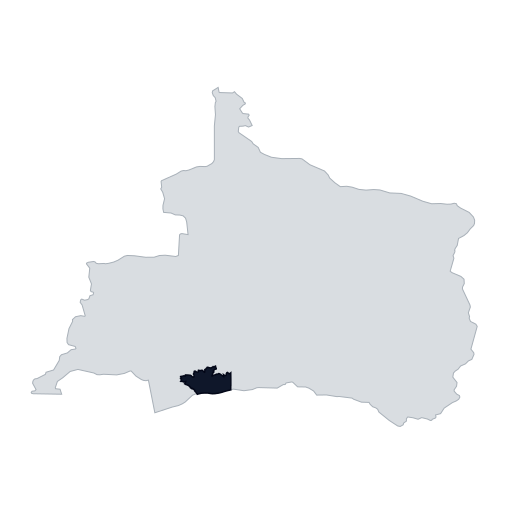 Kalemie, Katanga, Democratic Republic of the Congo shown in context, rotated 91°
{"feature_id": "63176286B6958016734749", "entity_name": "Kalemie", "entity_type": "district", "adm_level": 2, "iso_a3": "COD", "parent_name": "Democratic Republic of the Congo", "parent_adm1": "Katanga", "projection": "equal_earth", "projection_center": [28.753, -6.07], "detail": "fine", "context": "in_parent", "style": "filled", "palette": "ink", "viewbox_px": 512, "rotation_deg": 91, "n_neighbors": 0, "source": "geoboundaries", "source_scale": "gbopen_adm2", "svg_char_len": 8428}
<svg xmlns="http://www.w3.org/2000/svg" viewBox="0 0 512 512"><g transform="rotate(91 256 256)"><path d="M414.5,354.4L382.0,361.4L382.6,363.8L382.3,366.4L381.5,368.5L378.2,373.9L373.2,378.8L373.2,380.0L375.7,385.6L377.3,393.2L376.9,406.5L377.5,410.1L377.4,412.9L375.8,416.1L372.5,432.1L374.7,439.8L381.1,447.1L384.9,452.4L391.2,454.4L392.2,454.1L392.6,449.6L397.6,447.9L397.6,476.4L397.2,478.0L396.3,478.4L395.1,477.5L394.7,474.7L393.4,473.6L387.2,477.1L385.7,477.0L384.0,476.4L382.7,474.9L382.4,472.8L378.0,464.5L375.9,463.9L373.5,456.4L363.8,450.9L360.1,450.5L358.1,448.8L356.2,442.9L352.9,439.2L352.2,435.0L351.5,434.4L349.6,435.2L347.9,441.9L345.7,443.4L341.7,443.6L331.8,441.7L324.6,438.2L322.8,438.4L319.9,435.4L318.7,430.2L319.3,426.3L318.8,425.7L308.0,429.0L305.4,431.0L302.9,430.5L302.1,429.5L303.2,426.7L302.6,423.8L301.8,422.4L298.6,421.3L297.6,418.2L295.6,417.7L295.0,418.2L294.5,420.3L293.3,421.0L286.8,420.0L280.1,422.8L271.1,422.0L266.8,425.4L266.1,425.3L265.2,423.6L264.3,418.2L264.8,416.7L266.1,415.6L266.5,413.4L266.1,407.8L266.4,406.5L265.9,403.2L264.5,398.1L262.6,393.9L258.5,387.6L257.7,384.6L257.9,377.5L259.2,366.3L259.0,357.9L257.2,352.5L256.8,346.7L257.9,336.2L256.8,333.6L236.2,332.8L235.3,332.0L234.9,330.5L235.8,324.3L223.2,325.9L219.4,327.1L217.1,329.6L216.4,332.8L216.3,337.4L214.5,341.7L214.0,349.1L210.5,349.9L207.0,349.9L200.3,348.4L193.8,350.4L190.6,352.4L188.9,351.5L183.1,352.2L182.3,351.7L175.5,337.1L172.4,332.3L171.8,329.9L172.0,327.7L171.2,324.6L168.0,317.1L167.4,313.7L167.5,308.2L167.1,306.4L164.3,301.7L162.4,300.1L160.4,299.3L126.6,299.9L115.4,299.0L107.3,299.7L103.2,299.3L102.0,298.6L98.3,299.6L96.4,301.5L93.4,302.6L91.6,302.2L88.1,296.8L92.8,295.8L93.2,295.3L93.4,282.3L92.1,280.4L94.6,278.2L98.7,272.5L102.7,270.5L103.2,269.3L104.1,269.4L105.6,271.8L109.1,274.9L113.3,272.1L113.8,271.4L114.3,265.8L115.4,265.3L117.2,266.5L118.3,266.5L120.1,264.9L125.6,262.1L127.2,265.7L125.8,268.9L126.4,271.2L126.6,274.7L127.5,275.5L131.9,275.9L133.1,275.1L141.6,262.3L143.9,260.8L147.4,255.7L152.2,253.4L154.3,249.4L157.0,242.3L158.2,232.0L157.7,214.1L158.1,211.7L163.8,203.7L169.8,189.0L173.8,185.2L176.8,183.7L181.5,178.3L185.2,172.9L184.7,166.5L185.5,161.1L187.6,154.3L188.2,147.1L187.5,139.5L187.8,133.3L190.6,123.4L190.9,112.0L193.4,102.4L198.3,90.3L200.7,81.3L200.3,72.4L200.9,65.9L200.7,62.0L199.8,58.7L200.3,56.5L202.2,55.7L204.5,52.3L208.7,43.6L213.2,39.3L216.4,38.0L219.6,38.1L221.7,38.9L225.2,42.3L229.1,45.1L232.0,48.5L234.9,53.8L241.9,55.0L244.9,56.9L246.8,57.6L247.4,57.1L248.9,57.4L252.2,59.0L254.8,58.1L267.8,61.6L269.2,59.8L272.9,50.7L275.6,47.6L280.0,47.3L283.5,49.0L285.4,49.0L301.3,41.2L303.3,40.8L309.1,42.7L312.9,41.4L314.4,41.8L317.7,40.4L320.3,35.0L322.5,33.6L345.4,39.5L348.9,36.6L350.5,36.3L355.6,38.4L357.2,41.8L360.2,44.7L362.4,49.5L365.8,52.1L367.5,54.7L369.5,56.5L373.7,57.1L379.0,52.8L382.7,53.2L386.4,55.6L387.7,55.5L390.6,52.9L392.0,50.2L393.5,49.7L395.7,50.8L397.5,53.4L399.1,57.0L404.8,65.2L410.4,68.7L411.8,73.7L413.8,73.2L414.8,73.7L416.2,76.9L417.2,77.5L417.4,78.8L416.0,81.8L414.7,87.5L416.4,91.1L415.0,96.2L414.3,101.5L416.1,102.8L418.4,102.7L420.5,105.5L422.2,105.9L423.9,108.8L423.5,111.3L418.1,119.9L409.9,130.4L407.1,131.7L405.7,133.7L404.7,136.7L402.3,139.3L400.4,140.4L400.3,148.0L397.5,155.9L396.4,157.5L395.0,170.4L395.2,172.6L393.7,183.1L394.0,192.9L390.0,196.0L387.2,200.8L386.1,204.1L386.1,212.1L381.6,217.0L381.3,218.1L382.4,223.7L384.0,224.6L384.1,226.5L387.7,232.5L387.5,251.0L387.7,252.9L389.6,257.3L390.9,265.7L389.5,276.3L394.5,295.9L392.2,303.1L393.3,309.9L396.3,317.1L403.2,324.2L405.1,327.1L406.9,331.0L408.5,337.1L414.5,354.4Z" fill="#d9dde1" stroke="#a8b0b8" stroke-width="1"/><path d="M385.8,278.9L380.3,279.0L373.3,279.2L373.4,279.3L373.5,279.4L373.5,279.6L373.8,280.0L374.0,280.3L374.2,280.6L374.1,281.1L373.9,281.3L373.4,281.9L373.1,282.2L372.9,282.4L373.1,283.0L373.4,283.2L373.7,283.4L374.1,283.6L374.5,283.6L375.7,283.7L376.0,284.1L376.0,284.4L376.0,285.0L375.8,285.5L375.5,285.9L375.3,286.2L375.6,286.1L375.8,286.2L376.1,286.2L376.3,286.2L376.6,286.1L376.8,286.3L377.0,286.3L376.9,286.4L376.8,286.7L376.8,287.1L376.7,287.2L376.6,287.3L376.3,287.5L376.1,287.7L375.9,288.0L375.7,288.5L375.3,288.9L375.1,289.1L374.8,289.6L374.7,290.0L374.4,290.4L374.3,290.6L374.2,291.2L374.3,291.6L374.6,291.9L374.8,292.1L374.9,292.3L374.9,292.6L374.9,293.1L374.8,293.3L374.8,293.6L375.0,293.9L375.2,294.1L375.3,294.1L375.4,294.3L375.5,294.8L375.7,295.3L375.8,295.6L375.9,295.8L376.0,296.1L376.1,296.3L376.4,296.9L376.6,297.3L376.8,297.6L376.9,297.8L376.6,297.9L376.4,297.9L376.1,297.9L375.9,297.7L375.6,297.4L375.2,297.4L374.9,297.4L374.7,297.4L374.3,297.3L374.1,297.3L373.9,297.3L373.8,297.2L373.7,297.2L373.5,296.8L373.4,296.8L373.3,296.6L373.2,296.6L372.9,296.6L372.6,296.5L372.5,296.3L372.4,296.3L372.4,296.2L372.2,296.3L371.9,296.6L371.6,296.7L371.1,296.3L370.8,296.0L370.7,295.8L370.6,295.7L370.4,295.6L370.0,295.2L369.9,295.0L369.9,294.8L369.9,294.4L369.7,294.1L369.6,293.8L369.0,293.8L368.7,294.0L368.0,294.3L367.5,294.5L366.8,294.5L366.7,294.7L367.4,295.5L367.7,296.0L367.8,296.2L367.5,296.8L367.3,296.9L367.3,297.0L367.8,297.3L368.0,297.7L368.0,297.8L368.2,298.0L368.3,298.3L368.4,298.5L368.5,298.6L368.6,298.9L368.6,299.0L368.8,299.2L368.6,300.1L368.4,301.4L368.3,301.5L368.1,302.1L368.1,302.5L368.1,302.8L368.4,302.9L368.5,303.1L368.8,303.2L368.9,303.3L369.0,303.3L369.3,303.7L369.3,303.8L369.5,303.9L369.8,304.2L370.0,304.3L370.1,304.5L370.2,304.8L370.4,305.1L370.7,305.3L371.2,305.1L371.4,305.1L371.7,305.1L372.0,305.2L372.2,305.3L372.4,305.3L372.8,305.3L373.1,305.3L373.2,305.5L372.8,306.0L371.6,307.2L371.3,307.6L371.2,307.8L371.2,308.0L371.3,309.0L371.6,309.4L371.6,309.6L371.6,310.0L371.5,310.5L371.3,310.9L371.2,311.2L371.2,311.4L371.3,311.6L371.6,311.5L371.8,311.5L372.0,311.6L372.3,311.7L372.6,311.6L372.8,311.7L373.0,311.9L373.0,312.0L373.2,312.3L373.2,312.8L373.1,313.2L372.8,313.8L372.6,314.1L372.3,314.4L372.2,314.6L372.2,315.2L372.2,315.5L372.3,315.7L372.5,315.8L372.6,315.7L372.9,315.6L373.1,315.6L373.3,315.6L373.4,315.8L373.8,316.0L374.1,316.0L374.6,316.3L374.9,316.4L375.1,316.5L375.7,316.1L376.0,315.9L376.6,315.8L376.9,315.9L378.2,316.1L378.3,316.4L378.1,317.0L377.9,317.5L377.7,317.8L377.6,318.2L377.2,318.4L377.0,318.5L376.7,319.0L376.5,319.3L376.4,319.6L376.4,320.0L376.3,320.8L376.2,321.9L376.2,323.5L376.1,323.9L376.1,324.2L376.4,324.7L376.6,324.7L376.9,324.6L376.9,324.4L377.0,324.4L377.2,324.6L377.2,325.4L377.1,325.7L377.1,326.0L377.1,326.4L377.3,326.7L377.3,326.9L377.4,327.1L377.5,327.6L377.7,328.9L377.8,329.3L378.0,329.3L378.1,329.2L378.3,329.2L378.5,328.9L378.6,328.7L378.8,328.7L379.0,328.6L379.3,328.5L379.4,328.4L379.5,328.5L379.8,328.8L379.9,328.7L380.0,328.7L380.0,328.8L380.1,328.7L380.3,328.7L380.5,328.8L380.9,328.7L381.0,328.6L381.3,328.5L381.6,328.6L382.0,328.6L382.4,328.9L382.6,329.1L382.7,328.9L382.5,328.5L382.5,328.4L382.5,328.1L382.7,327.8L382.6,327.7L382.7,327.4L382.7,326.9L382.7,326.7L382.8,326.6L383.0,326.6L383.1,326.4L383.2,326.2L383.3,325.9L383.1,325.8L382.9,325.5L382.9,325.3L382.7,324.6L382.6,324.3L382.6,324.0L383.0,324.2L383.3,324.2L383.7,324.4L384.1,324.4L384.6,324.6L384.8,324.9L385.0,325.1L385.4,324.4L385.8,323.7L386.1,322.3L386.4,322.0L386.5,321.5L386.7,321.3L387.0,321.0L387.1,320.6L387.3,320.3L387.4,320.2L387.6,320.0L387.7,319.9L387.9,319.9L388.2,319.4L388.3,319.3L388.8,319.3L389.0,319.2L389.2,318.7L389.2,318.4L389.4,318.0L389.4,317.9L389.5,317.9L389.4,317.7L389.5,317.6L389.4,317.5L389.5,317.4L389.7,317.2L389.9,317.0L389.8,316.9L389.9,316.6L390.0,316.6L390.2,316.4L390.3,315.9L390.5,315.8L390.6,315.7L390.8,315.6L390.9,315.4L391.0,315.3L391.1,315.1L391.2,314.9L391.3,314.9L391.3,315.0L391.7,314.9L391.7,315.0L391.9,315.0L392.0,314.9L392.2,314.7L392.3,314.5L392.6,314.3L392.8,314.2L393.1,313.8L393.3,313.6L393.7,313.3L394.0,313.2L394.3,313.0L394.6,312.6L394.9,312.5L395.3,312.3L395.2,312.0L394.7,310.5L394.7,310.1L394.5,309.7L394.4,309.1L394.2,308.5L394.1,307.7L394.0,306.2L393.9,304.9L393.9,301.6L394.0,301.1L394.1,300.2L394.3,299.1L394.4,297.9L394.5,297.2L394.4,296.6L394.3,294.5L394.3,294.2L394.1,293.4L393.9,291.9L393.8,291.5L393.8,291.3L393.7,291.0L393.7,290.8L393.6,290.7L393.5,290.0L393.1,288.6L393.0,288.2L392.6,286.9L392.5,286.7L392.2,285.8L392.0,285.2L391.5,283.6L391.3,282.9L391.0,281.7L390.8,280.9L390.7,280.4L390.6,280.1L390.3,279.1L390.3,278.9L385.9,279.0L385.9,278.9L385.8,278.9Z" fill="#0f172a" stroke="#020617" stroke-width="1.5"/></g></svg>